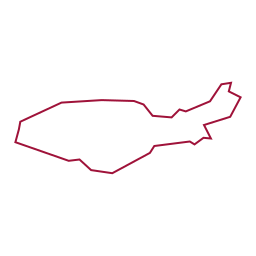 outline of Vevchani, Vevčani, North Macedonia
{"feature_id": "65306769B55321164164480", "entity_name": "Vevchani", "entity_type": "district", "adm_level": 2, "iso_a3": "MKD", "parent_name": "North Macedonia", "parent_adm1": "Vevčani", "projection": "mercator", "projection_center": [20.592, 41.244], "detail": "fine", "context": "isolated", "style": "outline", "palette": "rose", "viewbox_px": 256, "rotation_deg": 0, "n_neighbors": 0, "source": "geoboundaries", "source_scale": "gbopen_adm2", "svg_char_len": 463}
<svg xmlns="http://www.w3.org/2000/svg" viewBox="0 0 256 256"><path d="M15.4,142.2L68.7,160.8L79.5,159.5L91.1,170.1L112.3,173.2L149.9,152.9L154.3,146.0L189.8,141.5L194.5,144.4L203.5,137.8L210.9,138.5L204.0,125.0L230.2,116.8L240.6,97.3L228.8,91.4L231.0,82.8L221.4,84.3L210.0,101.3L185.8,111.4L179.5,109.5L171.6,117.4L152.6,115.8L143.6,104.5L134.0,101.0L101.7,100.1L61.5,102.6L20.3,121.7L18.9,129.3L15.4,142.2Z" fill="none" stroke="#9f1239" stroke-width="2"/></svg>